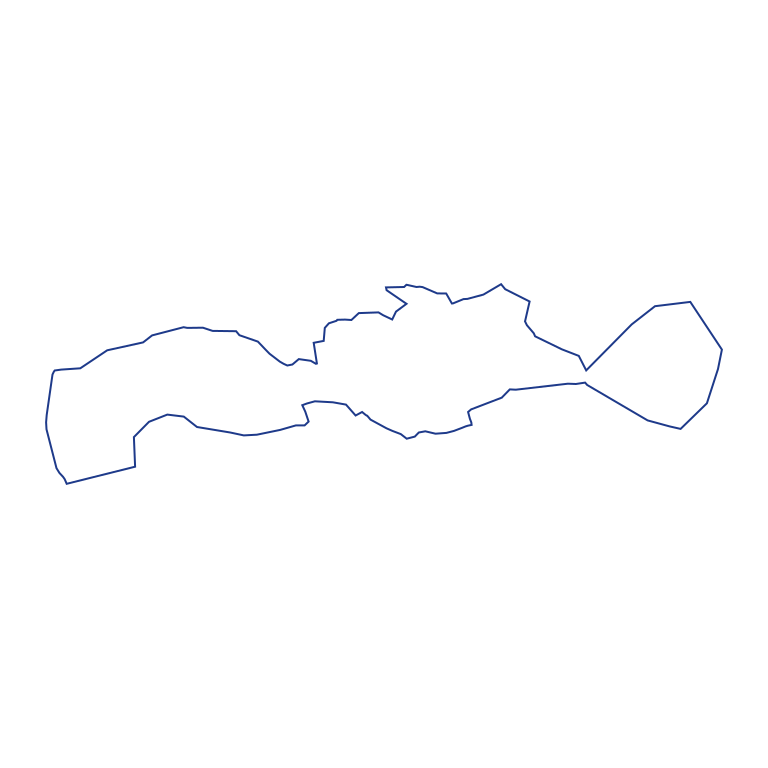 outline of Atisbo, Oyo, Nigeria
{"feature_id": "59680162B75725109309044", "entity_name": "Atisbo", "entity_type": "district", "adm_level": 2, "iso_a3": "NGA", "parent_name": "Nigeria", "parent_adm1": "Oyo", "projection": "mercator", "projection_center": [3.283, 8.407], "detail": "fine", "context": "isolated", "style": "outline", "palette": "blue", "viewbox_px": 768, "rotation_deg": 0, "n_neighbors": 0, "source": "geoboundaries", "source_scale": "gbopen_adm2", "svg_char_len": 1758}
<svg xmlns="http://www.w3.org/2000/svg" viewBox="0 0 768 768"><path d="M135.1,466.7L133.9,437.1L149.0,421.8L167.3,414.6L183.8,416.6L197.0,427.0L230.2,432.5L243.8,435.4L256.9,434.7L280.2,429.9L295.9,425.4L304.6,425.4L308.6,421.6L305.3,411.7L302.3,405.2L306.9,403.5L314.9,401.3L332.9,402.3L346.0,404.6L355.6,415.5L362.1,412.0L365.5,414.8L366.7,415.6L367.2,415.7L370.5,419.6L386.5,428.3L392.4,430.9L400.8,434.1L406.7,438.7L414.8,436.6L418.8,432.5L425.3,431.3L435.5,433.7L446.4,432.9L454.0,430.9L461.9,427.9L465.6,426.4L467.9,425.7L471.6,424.9L471.3,422.4L469.9,418.8L468.1,412.0L471.1,409.4L501.9,397.6L502.0,397.4L509.8,389.4L515.8,389.7L567.9,383.7L575.9,384.0L585.1,382.6L587.2,385.0L647.6,420.4L669.6,426.4L680.6,428.9L706.9,403.3L718.0,369.0L721.9,349.6L690.3,301.9L655.0,306.2L631.7,324.4L586.2,370.4L578.8,355.9L561.8,349.3L535.1,336.3L533.8,333.3L526.9,325.2L525.0,321.3L525.2,320.7L529.6,301.5L505.2,289.2L501.1,284.2L483.4,294.6L467.4,298.9L463.5,299.1L453.0,303.4L451.9,303.5L446.2,293.5L437.2,293.4L422.6,287.1L419.7,286.7L416.5,287.0L406.7,284.8L406.4,284.8L404.1,287.0L399.4,287.1L386.0,287.4L386.6,290.2L402.5,301.1L406.5,303.8L401.8,307.3L396.0,311.6L392.2,319.5L383.1,315.2L378.5,312.4L358.8,313.1L351.4,320.0L345.1,319.6L337.3,319.8L336.5,320.8L328.9,323.3L324.8,327.9L323.7,340.9L313.7,342.8L316.9,363.5L315.9,363.8L310.8,360.8L298.8,359.1L292.4,364.5L287.3,365.5L283.6,363.8L279.8,361.6L269.5,353.7L265.6,349.7L257.9,341.6L239.4,335.2L236.1,331.2L212.6,330.9L202.9,327.7L187.3,327.9L183.6,327.2L152.1,335.4L143.1,342.4L107.2,350.3L80.3,368.3L61.2,369.6L54.7,370.5L53.8,371.8L52.5,374.5L46.7,415.0L46.1,422.3L46.5,429.3L56.5,468.2L59.4,472.9L63.1,476.9L64.7,479.2L66.7,483.8L135.1,466.7Z" fill="none" stroke="#1e3a8a" stroke-width="2"/></svg>